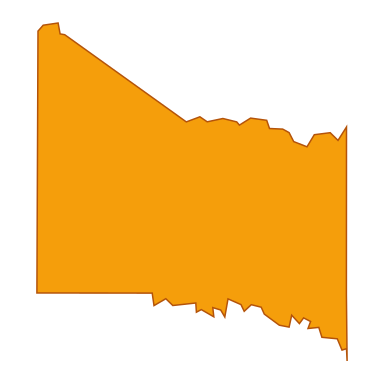 outline of Foard, Texas, United States of America
{"feature_id": "52423323B82900100133763", "entity_name": "Foard", "entity_type": "district", "adm_level": 2, "iso_a3": "USA", "parent_name": "United States of America", "parent_adm1": "Texas", "projection": "natural_earth1", "projection_center": [-99.685, 33.988], "detail": "fine", "context": "isolated", "style": "filled", "palette": "amber", "viewbox_px": 384, "rotation_deg": 0, "n_neighbors": 0, "source": "geoboundaries", "source_scale": "gbopen_adm2", "svg_char_len": 791}
<svg xmlns="http://www.w3.org/2000/svg" viewBox="0 0 384 384"><path d="M65.1,293.0L152.2,293.1L154.0,305.6L165.8,298.7L172.8,305.5L195.8,303.0L196.4,312.2L201.3,309.6L213.8,316.8L212.8,307.6L220.7,310.0L224.8,317.0L228.0,298.9L241.0,304.6L244.2,311.3L251.3,304.7L261.2,307.2L264.3,314.1L279.3,325.2L289.1,327.1L291.7,315.2L299.4,323.6L303.6,317.9L310.6,321.5L308.0,328.5L318.8,327.4L321.9,337.3L337.3,338.8L342.0,350.1L346.5,348.7L347.1,361.0L346.4,294.3L346.5,127.0L338.0,140.4L330.2,132.7L314.3,134.7L307.0,146.8L293.7,141.6L289.1,132.6L282.7,129.1L269.5,128.5L266.7,120.3L250.6,118.1L239.4,125.1L236.7,121.9L222.9,118.5L207.2,121.8L199.9,116.8L186.3,121.9L64.7,34.7L60.1,33.9L58.1,23.0L43.2,25.2L38.0,31.1L36.9,293.0L65.1,293.0Z" fill="#f59e0b" stroke="#b45309" stroke-width="1.5"/></svg>